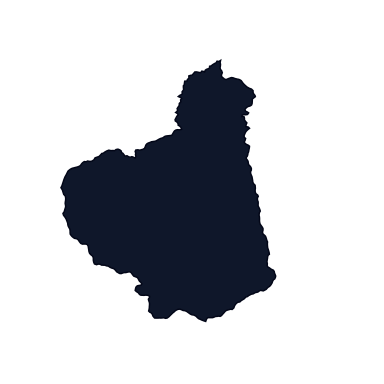 Gurinhatã, Minas Gerais, Brazil, rotated 32°
{"feature_id": "56859067B51410888588014", "entity_name": "Gurinhatã", "entity_type": "district", "adm_level": 2, "iso_a3": "BRA", "parent_name": "Brazil", "parent_adm1": "Minas Gerais", "projection": "albers", "projection_center": [-49.875, -19.057], "detail": "fine", "context": "isolated", "style": "filled", "palette": "ink", "viewbox_px": 384, "rotation_deg": 32, "n_neighbors": 0, "source": "geoboundaries", "source_scale": "gbopen_adm2", "svg_char_len": 6041}
<svg xmlns="http://www.w3.org/2000/svg" viewBox="0 0 384 384"><g transform="rotate(32 192 192)"><path d="M272.2,294.5L271.7,292.3L271.8,290.4L273.5,289.2L274.9,288.4L276.2,287.5L277.1,286.3L277.9,285.1L279.3,284.1L280.4,283.1L281.7,282.6L282.5,281.2L282.7,279.6L283.0,278.2L283.2,276.8L283.5,275.0L284.5,273.5L285.5,272.4L286.8,271.0L288.3,270.3L288.9,268.2L288.4,265.9L288.4,264.4L288.7,262.6L289.4,261.1L290.8,259.9L291.3,258.0L292.1,256.4L292.9,254.8L293.3,252.6L294.5,251.2L294.9,249.8L295.6,248.7L296.4,247.3L297.9,245.9L298.8,244.0L299.8,243.0L300.9,241.9L301.5,240.3L302.2,239.1L303.5,238.6L304.8,238.1L305.7,236.7L306.5,235.2L306.7,233.8L307.0,232.5L307.8,230.9L308.1,229.2L308.1,226.8L307.6,224.7L307.6,223.2L308.2,221.9L308.0,220.3L307.5,218.9L306.3,218.0L304.9,217.0L303.9,215.9L302.5,215.2L300.9,215.4L299.7,215.5L297.9,215.3L296.0,215.4L294.7,214.5L293.9,212.9L292.5,211.4L291.7,209.6L291.2,208.3L290.4,206.7L290.1,205.2L290.6,203.8L289.5,202.5L288.2,201.3L287.3,200.5L285.8,199.3L284.4,197.5L283.3,195.9L282.5,194.3L281.0,193.3L279.5,191.9L277.8,190.6L276.2,190.2L274.7,190.1L273.1,188.8L272.4,186.7L271.6,185.4L270.5,184.7L269.1,184.1L267.9,183.6L266.6,183.0L265.3,181.7L264.4,180.5L263.6,179.1L262.4,177.4L261.1,176.1L260.1,173.9L260.0,172.0L258.5,170.7L257.0,169.7L255.6,168.9L254.8,167.8L254.1,166.5L253.3,165.3L252.2,164.5L251.2,163.4L250.6,162.2L250.5,160.6L249.4,159.8L246.8,159.5L245.1,157.9L244.3,156.5L243.8,155.3L242.9,154.1L241.9,152.8L240.0,152.4L238.4,151.5L237.4,150.2L236.0,148.6L234.7,147.2L233.2,146.2L231.8,145.1L230.9,143.7L230.7,142.0L229.8,140.5L228.4,139.6L226.9,139.1L225.5,138.8L224.4,137.6L223.2,136.2L221.8,135.5L220.6,135.1L219.7,134.0L219.9,132.5L219.6,131.0L218.9,129.5L218.7,128.0L217.8,125.8L217.2,124.1L216.5,122.7L214.9,122.5L212.9,122.8L211.1,122.6L209.8,122.0L209.7,120.3L209.1,118.2L207.3,117.9L206.3,116.6L205.9,114.4L205.7,112.3L206.0,110.6L206.5,108.9L207.0,107.5L205.2,107.1L203.0,108.0L202.2,106.2L201.9,104.3L200.1,103.8L198.3,103.1L197.3,101.5L196.0,100.4L194.3,101.6L193.8,100.1L194.9,98.7L196.6,98.1L198.0,96.8L198.1,94.9L196.6,94.8L194.9,95.1L193.2,94.2L193.2,92.9L193.5,91.5L194.1,90.0L195.0,89.0L195.9,87.9L196.4,86.6L196.1,85.2L195.4,83.8L194.7,82.5L193.9,81.3L194.5,79.5L195.2,77.6L194.2,76.7L192.7,76.3L191.0,75.2L190.1,73.7L187.9,73.2L185.6,73.7L182.9,73.8L179.5,73.2L177.6,72.7L176.2,72.1L174.7,71.5L172.9,71.5L171.7,71.8L170.5,72.3L168.3,73.0L166.3,73.4L164.9,74.0L164.0,75.0L162.9,76.4L161.5,78.4L159.9,79.1L158.5,78.8L157.1,78.7L155.6,78.2L154.8,76.6L154.5,74.8L152.9,73.5L151.1,72.9L150.0,71.8L149.3,70.1L148.5,68.6L147.2,67.2L146.5,65.3L145.7,67.0L143.9,67.8L144.0,69.6L143.0,71.2L142.0,73.2L141.4,75.0L140.3,76.0L141.2,77.7L140.1,79.3L139.2,80.4L138.7,81.8L139.1,83.6L137.4,83.8L136.2,84.4L136.2,86.2L134.8,86.8L132.3,87.7L130.8,88.7L130.2,92.8L128.9,93.9L127.8,95.2L129.1,97.2L128.5,98.9L128.9,100.6L127.1,101.9L127.9,103.7L128.6,105.2L128.4,106.5L129.3,107.9L130.7,109.7L130.5,112.3L131.8,113.9L131.2,115.3L130.3,116.7L129.8,118.3L132.6,117.9L133.8,118.3L133.5,119.9L134.8,121.5L134.3,123.6L135.3,125.4L135.2,127.7L135.2,129.2L136.5,130.2L136.5,131.9L136.0,133.2L137.8,133.2L139.4,133.8L139.0,135.9L139.2,137.9L139.3,139.6L140.2,140.6L142.0,140.6L144.0,141.4L144.9,142.7L146.5,142.6L148.5,143.1L150.0,144.4L148.5,145.9L146.6,146.9L145.5,148.0L144.8,149.4L144.7,150.8L144.8,152.4L144.8,154.7L143.3,155.9L142.3,156.7L141.0,157.7L139.7,158.9L139.1,160.1L138.5,161.6L137.1,163.1L136.1,164.6L135.2,166.3L134.4,167.8L133.5,168.8L132.4,169.7L131.0,170.9L129.9,172.5L128.9,173.7L128.2,175.1L128.0,176.8L128.4,178.4L128.6,180.2L127.7,181.9L126.7,182.9L125.6,184.2L123.7,184.9L122.1,186.2L122.3,187.7L123.7,188.9L124.3,190.4L125.6,191.5L125.7,193.4L124.0,193.5L122.3,193.9L121.1,195.3L119.6,195.7L117.7,195.7L116.2,197.1L114.5,196.4L112.8,195.8L111.3,195.9L110.4,194.8L108.5,194.5L106.5,194.9L105.1,196.2L104.5,197.9L102.9,198.8L101.3,199.9L99.3,200.6L98.0,202.3L96.9,204.3L96.2,206.2L95.1,207.1L94.8,209.0L94.3,211.2L92.9,212.9L91.7,214.4L91.8,216.6L90.9,218.7L89.4,220.1L87.0,221.1L86.2,222.5L84.5,223.3L83.7,225.2L83.4,227.0L83.4,228.4L82.9,229.7L81.9,231.1L80.9,232.2L79.9,233.2L79.0,234.2L77.8,235.4L76.8,237.1L76.2,238.7L75.8,240.0L76.0,242.0L76.2,244.0L76.3,246.5L76.6,248.2L76.9,249.7L77.3,251.2L78.0,254.0L78.4,255.6L78.6,257.8L79.9,258.4L81.2,259.1L82.5,260.3L84.5,262.0L86.7,262.6L88.1,264.1L89.2,266.0L89.8,267.5L90.5,268.9L91.5,270.0L92.4,271.0L92.9,272.2L93.4,274.2L94.1,276.6L93.9,278.5L95.4,279.8L97.8,280.7L99.7,281.7L101.3,282.9L103.0,284.2L104.2,285.7L105.2,286.6L108.2,288.3L109.5,290.0L110.3,291.3L111.1,292.3L112.6,292.9L113.9,293.3L115.4,293.5L116.8,293.6L118.3,293.0L119.8,292.6L121.2,293.0L122.9,293.8L124.9,294.5L126.6,294.3L128.2,293.2L129.8,292.3L131.1,292.1L132.6,292.9L133.9,294.4L135.2,295.9L136.2,297.1L137.7,298.3L139.6,298.8L141.5,299.0L143.1,300.0L144.5,302.2L145.8,303.6L147.4,304.7L149.6,304.2L150.7,302.8L152.2,302.0L154.1,301.9L156.8,300.3L158.7,299.9L160.3,299.2L162.5,299.3L164.4,299.0L165.7,298.6L167.1,298.5L168.8,299.0L170.5,299.6L172.0,299.5L173.6,299.5L175.1,298.8L176.4,297.1L177.4,296.1L178.6,295.4L179.9,294.0L181.0,293.0L182.3,292.5L183.6,292.8L185.4,293.6L187.2,294.2L190.7,293.5L192.1,293.9L193.3,294.7L194.8,295.5L196.6,295.8L198.2,296.5L198.0,298.2L196.6,299.3L195.3,300.6L194.9,302.4L195.3,303.8L196.0,305.6L197.7,305.9L199.9,305.9L201.8,306.7L203.3,306.6L206.0,305.1L207.5,303.9L209.4,303.0L211.3,302.9L211.9,304.2L211.8,306.0L212.9,307.1L214.0,307.9L215.0,309.0L215.8,310.3L216.5,311.7L217.2,312.9L217.8,314.3L218.3,315.9L219.8,316.3L221.4,316.1L223.1,316.7L224.6,317.9L227.0,318.7L229.1,317.5L231.0,316.2L232.5,315.3L233.6,314.5L234.7,313.6L236.4,313.2L237.7,312.1L238.5,310.1L239.0,307.9L239.4,306.3L239.7,304.9L240.3,303.4L240.6,302.1L241.2,300.6L242.2,299.0L243.9,297.7L245.6,297.4L247.2,297.2L248.9,296.4L250.6,296.1L252.4,296.2L255.2,296.4L256.9,296.2L259.0,295.3L261.4,295.2L263.2,295.7L264.9,295.9L266.5,295.6L268.2,295.4L270.2,295.0L272.2,294.5Z" fill="#0f172a" stroke="#020617" stroke-width="1.5"/></g></svg>